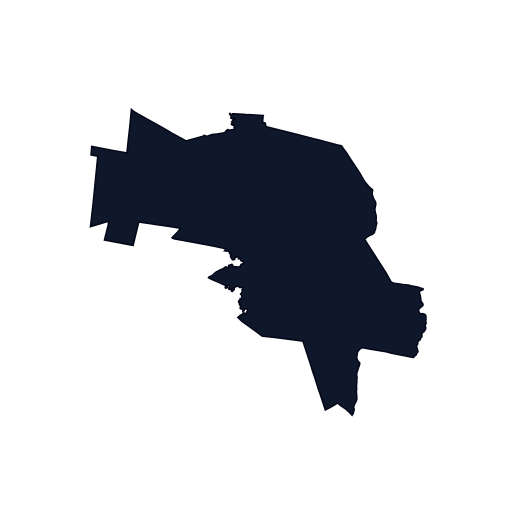 outline of Videle, Teleorman, Romania, rotated 66°
{"feature_id": "2599482B40288902158054", "entity_name": "Videle", "entity_type": "district", "adm_level": 2, "iso_a3": "ROU", "parent_name": "Romania", "parent_adm1": "Teleorman", "projection": "robinson", "projection_center": [25.561, 44.268], "detail": "fine", "context": "isolated", "style": "filled", "palette": "ink", "viewbox_px": 512, "rotation_deg": 66, "n_neighbors": 0, "source": "geoboundaries", "source_scale": "gbopen_adm2", "svg_char_len": 6126}
<svg xmlns="http://www.w3.org/2000/svg" viewBox="0 0 512 512"><g transform="rotate(66 256 256)"><path d="M393.5,134.2L393.5,133.4L393.3,133.1L393.2,132.6L392.4,132.0L392.2,131.2L391.7,130.7L390.5,130.1L387.8,129.6L387.5,129.2L387.2,128.4L386.7,127.9L384.5,127.4L383.2,126.5L382.2,126.2L381.4,125.7L379.1,125.1L378.8,125.1L377.5,125.9L376.5,127.1L376.2,127.5L375.9,129.1L375.5,129.5L374.9,129.7L372.8,129.8L371.7,129.6L371.0,129.0L370.3,127.8L369.4,124.4L368.9,123.4L368.6,123.2L367.2,123.0L365.9,123.3L364.2,123.5L362.0,122.9L359.6,122.1L355.8,121.6L355.2,121.2L354.7,120.4L354.6,118.8L354.8,117.2L354.3,116.8L353.8,116.7L352.1,118.8L350.3,120.6L346.2,126.6L344.4,128.7L344.0,129.3L343.7,130.2L342.8,131.6L341.6,133.9L340.6,135.1L340.1,136.0L338.0,139.3L337.3,140.7L334.8,143.1L324.4,144.0L284.9,150.0L284.7,149.3L284.1,148.0L284.1,147.3L283.9,146.8L283.7,145.8L283.5,142.7L283.6,141.6L283.5,140.4L282.8,138.3L281.4,137.4L281.2,137.0L280.1,135.9L277.0,133.8L275.5,132.5L274.8,132.3L274.1,132.0L272.9,132.1L270.5,130.8L268.0,129.8L263.8,129.1L262.8,128.7L262.0,128.7L260.8,127.9L260.5,127.4L259.9,127.3L257.7,125.6L256.2,125.0L255.1,124.8L252.6,125.1L250.8,125.2L246.5,124.7L245.5,124.2L244.4,123.3L243.1,122.5L239.7,124.1L238.1,124.7L234.5,125.8L231.5,126.5L222.1,127.5L214.1,128.8L206.8,130.1L198.5,131.3L194.3,132.3L190.1,133.0L187.3,136.9L173.9,153.4L174.0,153.5L162.4,168.0L162.3,168.5L161.9,168.6L156.6,175.4L142.2,193.8L141.0,194.2L138.9,193.5L138.3,193.5L137.8,193.9L136.6,195.9L136.1,195.3L130.9,192.5L130.6,192.2L123.7,205.4L123.2,206.9L121.9,208.9L116.8,218.8L116.6,219.5L117.3,219.9L117.4,220.2L117.4,220.5L117.0,220.9L115.5,221.6L115.1,221.9L115.3,222.3L115.8,222.4L117.1,222.0L118.6,221.9L119.8,222.8L120.0,222.9L120.6,222.0L121.5,221.6L121.7,221.2L121.6,220.6L121.0,219.9L121.4,219.6L122.0,219.6L122.4,219.8L123.1,220.7L123.1,221.1L122.8,221.7L122.8,222.1L123.5,223.6L124.0,223.6L124.7,223.0L125.0,223.0L125.3,223.2L125.3,223.7L125.1,224.5L125.3,224.9L126.1,224.8L127.0,224.2L127.5,223.3L127.6,222.5L128.0,222.3L128.3,222.4L128.9,223.2L130.0,224.0L130.9,223.9L132.0,224.3L131.2,225.6L130.8,226.7L130.4,228.6L130.1,229.1L129.1,230.1L129.0,230.4L129.2,231.8L129.9,233.3L130.5,234.3L130.5,234.9L128.5,242.7L127.1,246.6L126.7,252.0L126.2,252.8L125.1,253.6L124.6,254.8L125.0,255.4L125.0,255.9L122.6,271.7L122.6,272.9L110.8,281.9L109.0,283.4L107.9,284.0L101.2,288.8L78.4,305.9L75.0,308.3L72.9,309.5L71.4,310.2L85.6,318.2L97.5,325.2L109.3,332.0L101.4,343.8L89.0,361.5L96.6,365.6L100.5,360.0L142.0,383.6L161.9,395.3L164.3,376.5L167.7,378.5L179.8,388.0L196.4,364.0L177.3,349.3L194.3,322.4L199.9,313.8L201.4,316.3L202.3,318.2L205.2,325.3L206.5,324.4L207.6,323.0L228.0,293.2L237.3,280.4L238.4,282.7L239.4,281.2L240.3,279.2L241.0,278.3L241.9,279.0L243.1,279.1L243.5,278.9L243.8,278.4L244.4,278.2L245.2,278.8L245.6,279.4L246.6,279.5L248.8,279.3L249.9,279.0L250.1,278.7L250.4,278.0L250.3,276.6L249.8,276.5L249.1,276.1L248.9,275.8L249.2,274.4L248.9,273.6L249.4,273.0L250.3,272.6L251.0,273.0L251.5,273.2L251.9,272.2L251.8,271.9L252.6,271.7L254.5,271.5L255.7,270.4L256.8,269.7L257.6,270.3L257.8,270.7L257.6,271.5L257.8,272.5L257.5,273.0L258.7,274.4L259.4,274.5L259.8,274.7L259.5,275.3L258.9,276.1L258.7,277.3L257.9,278.0L257.6,278.9L256.6,280.8L255.9,281.1L255.2,281.0L254.8,281.2L253.9,281.3L253.8,281.5L253.7,281.8L253.7,283.2L253.4,284.5L253.5,284.9L253.9,285.1L254.8,284.8L255.1,285.1L255.1,285.6L255.0,286.3L254.3,287.4L253.6,288.0L253.5,288.3L254.1,290.8L254.2,292.5L254.0,294.6L254.4,296.4L254.3,298.4L255.1,301.8L255.7,302.9L256.0,303.6L256.0,307.3L256.1,307.8L256.3,308.2L256.5,308.3L257.5,307.6L259.8,305.6L263.1,302.5L270.7,295.7L271.8,296.1L272.0,296.9L272.2,297.0L272.8,297.0L273.1,296.8L273.2,296.3L273.1,294.8L272.8,294.6L271.4,294.3L271.4,293.6L271.8,292.6L272.3,292.6L273.9,292.8L274.0,293.0L274.2,294.2L274.9,294.3L275.7,294.0L276.0,293.6L276.2,292.4L276.9,291.9L276.8,291.6L275.8,291.3L275.9,291.0L276.7,290.9L277.8,291.4L277.9,291.6L277.7,292.5L277.8,292.7L278.3,292.6L278.7,292.3L278.8,291.9L277.9,290.3L277.8,289.6L276.4,289.0L276.0,287.7L275.5,287.3L275.5,286.8L276.2,285.7L276.3,284.4L276.7,284.2L277.7,284.0L278.1,283.7L278.4,283.2L278.9,281.5L280.3,280.8L280.7,280.8L280.9,281.1L280.8,282.4L282.7,282.8L282.9,283.3L283.8,284.1L284.2,284.8L284.2,285.5L284.6,285.6L285.3,285.2L286.0,285.2L286.8,284.9L286.9,285.0L286.9,285.4L287.7,285.3L288.1,285.5L288.7,286.7L288.5,287.9L289.8,288.8L290.5,289.7L290.5,289.9L290.0,290.2L290.1,290.4L290.7,290.3L291.3,290.0L291.5,290.1L291.5,290.6L293.3,290.4L293.6,290.9L293.8,290.9L295.8,290.5L296.5,290.9L297.0,291.7L297.6,291.8L298.2,291.4L298.3,290.9L299.3,290.1L299.3,289.8L299.7,289.4L300.0,289.6L300.3,290.1L301.2,290.6L301.3,289.9L301.1,289.0L300.3,288.8L299.7,288.1L299.7,287.8L299.8,286.8L300.6,286.6L300.5,286.0L300.7,285.9L301.5,285.6L301.7,285.1L302.0,285.2L303.8,288.0L305.2,288.7L305.0,289.2L304.5,289.5L303.3,290.0L303.0,290.1L302.9,290.5L303.1,291.5L303.5,292.2L304.2,292.8L304.3,293.0L304.1,293.5L303.7,293.8L303.6,294.1L303.8,294.9L304.3,295.7L304.4,296.9L304.7,297.6L309.9,295.5L323.7,287.4L331.2,283.3L331.9,282.7L337.3,273.3L347.9,255.9L352.9,247.8L376.5,250.2L384.4,251.2L390.3,251.7L400.4,252.9L401.8,253.1L405.2,253.4L406.3,253.4L424.9,255.3L424.5,249.1L423.8,242.9L423.6,241.1L426.5,239.9L432.3,236.3L436.1,234.6L440.6,233.0L439.5,231.3L436.2,228.7L434.3,228.4L433.0,227.7L430.3,224.8L429.6,223.6L428.0,222.2L423.5,220.3L422.6,220.3L421.2,219.5L420.2,219.4L419.8,218.9L419.0,218.4L415.8,217.1L413.1,215.7L412.2,215.0L411.3,214.8L409.6,214.0L407.8,212.9L405.8,212.5L403.9,211.5L396.8,205.1L395.8,204.7L395.1,204.9L394.4,205.4L392.9,205.6L390.7,205.5L389.6,205.2L385.5,202.6L384.9,202.0L383.0,198.7L383.2,198.3L383.3,197.7L382.9,196.3L387.7,189.4L396.7,175.7L399.7,172.1L412.8,153.5L411.9,151.8L411.8,150.4L410.4,148.8L410.0,147.9L409.3,147.0L408.1,146.6L403.7,146.1L403.3,145.9L402.6,144.6L402.0,143.8L400.7,143.6L400.2,143.4L400.1,142.3L399.2,141.5L399.3,140.5L399.3,140.0L399.0,139.7L398.4,139.6L398.2,139.5L397.6,137.8L396.9,137.1L396.5,136.8L395.6,136.8L394.5,136.2L393.5,134.2Z" fill="#0f172a" stroke="#020617" stroke-width="1.5"/></g></svg>